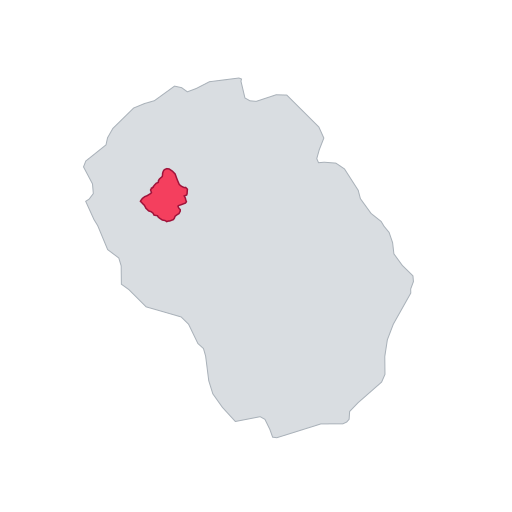 where Demir Hisar sits in North Macedonia, rotated 69°
{"feature_id": "MKD-2897", "entity_name": "Demir Hisar", "entity_type": "Statistical Region", "adm_level": 1, "iso_a3": "MKD", "parent_name": "North Macedonia", "parent_adm1": "", "projection": "natural_earth1", "projection_center": [21.134, 41.256], "detail": "fine", "context": "in_parent", "style": "filled", "palette": "rose", "viewbox_px": 512, "rotation_deg": 69, "n_neighbors": 0, "source": "natural_earth", "source_scale": "10m", "svg_char_len": 2198}
<svg xmlns="http://www.w3.org/2000/svg" viewBox="0 0 512 512"><g transform="rotate(69 256 256)"><path d="M231.7,137.1L239.9,138.0L257.6,133.3L268.6,126.8L274.2,125.8L281.7,123.3L292.5,123.7L303.4,126.5L317.2,122.8L330.8,116.6L336.3,118.2L342.2,123.4L346.1,124.8L368.9,152.3L381.3,163.4L396.0,171.8L412.7,178.0L418.7,183.9L429.5,213.2L434.7,224.3L441.8,227.6L443.5,230.8L443.8,235.0L436.0,255.6L433.1,301.7L431.1,305.4L422.8,305.2L411.7,306.2L407.5,309.7L403.1,334.6L385.3,341.6L369.2,345.7L355.5,344.8L331.4,338.9L323.6,338.2L316.9,341.6L295.5,343.4L286.1,347.7L264.1,376.8L241.7,386.8L234.1,391.8L216.9,385.4L208.7,384.8L196.9,392.2L170.9,392.9L163.9,394.2L143.9,395.4L143.1,391.4L139.4,385.5L130.1,382.8L111.0,385.1L106.3,380.8L98.5,356.2L92.4,352.2L85.6,343.9L74.0,317.2L73.7,305.4L74.6,295.2L68.2,271.2L72.2,265.1L78.1,261.3L78.2,251.6L76.6,237.0L83.7,208.2L85.6,206.1L87.4,207.4L104.5,209.7L108.9,206.1L111.7,200.4L112.7,179.4L116.8,169.6L158.1,151.1L170.2,150.4L179.5,158.9L186.9,164.4L191.3,164.2L192.9,158.7L197.9,148.2L206.4,142.2L231.5,137.0L231.7,137.1Z" fill="#d9dde1" stroke="#a8b0b8" stroke-width="1"/><path d="M169.1,296.1L169.7,296.4L170.7,296.9L173.1,298.0L174.2,298.9L174.2,300.3L174.2,301.5L176.5,301.2L178.7,301.5L180.4,301.5L181.3,302.9L181.3,305.0L181.3,307.5L181.2,309.2L181.2,310.3L181.5,311.0L182.6,311.0L184.1,310.8L185.5,310.1L186.9,310.6L188.8,312.7L189.2,315.0L189.9,317.3L191.5,318.7L192.4,320.1L192.4,321.7L192.4,324.0L192.0,325.2L191.9,327.1L191.6,327.2L190.3,328.2L188.8,330.6L186.1,332.5L184.4,333.4L183.1,333.5L182.3,334.9L181.2,336.6L179.3,336.7L177.1,338.0L175.4,340.1L173.8,340.8L171.9,341.7L170.4,341.8L168.5,342.1L167.1,342.8L165.1,343.6L163.5,344.3L163.0,343.7L161.5,341.4L160.7,338.5L160.7,336.2L160.0,332.3L159.4,330.9L158.0,330.8L156.6,330.8L155.6,329.6L155.2,328.1L155.0,328.4L154.8,327.5L153.8,326.0L153.4,325.3L152.3,323.0L152.3,320.9L150.6,320.0L149.6,318.7L148.8,316.7L148.2,315.0L146.8,314.2L145.4,313.6L143.9,312.4L142.9,311.3L142.5,309.9L142.5,307.9L142.7,307.6L143.6,305.9L146.9,303.6L150.4,302.1L154.5,302.2L157.4,302.2L161.8,302.0L164.2,300.6L166.4,298.5L166.8,297.1L169.1,296.1Z" fill="#f43f5e" stroke="#9f1239" stroke-width="1.5"/></g></svg>